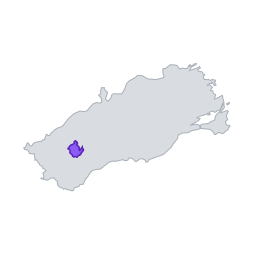 Bingöl highlighted on a map of Turkey, rotated 153°
{"feature_id": "TUR-2308", "entity_name": "Bingöl", "entity_type": "Province", "adm_level": 1, "iso_a3": "TUR", "parent_name": "Turkey", "parent_adm1": "", "projection": "albers", "projection_center": [40.639, 39.029], "detail": "fine", "context": "in_parent", "style": "filled", "palette": "violet", "viewbox_px": 256, "rotation_deg": 153, "n_neighbors": 0, "source": "natural_earth", "source_scale": "10m", "svg_char_len": 4604}
<svg xmlns="http://www.w3.org/2000/svg" viewBox="0 0 256 256"><g transform="rotate(153 128 128)"><path d="M193.2,98.2L196.5,99.4L197.5,98.5L200.5,98.5L203.2,99.1L204.6,97.2L206.5,97.3L206.8,98.3L207.7,98.7L210.6,101.1L210.3,101.4L211.0,102.3L213.4,102.8L213.6,104.1L215.5,105.9L216.6,108.8L216.1,110.8L215.1,112.1L216.7,116.4L216.3,117.0L219.2,118.3L222.9,118.0L224.1,118.5L227.8,121.8L228.8,123.1L226.2,121.6L224.9,123.1L224.3,126.5L220.4,127.3L221.1,129.5L222.2,130.4L221.9,132.5L222.3,133.4L223.4,134.7L223.3,136.6L223.8,138.5L223.9,140.9L225.6,141.6L224.9,142.7L223.3,147.6L223.4,148.0L224.6,148.0L227.5,150.1L227.1,150.9L227.5,154.0L230.0,155.9L229.7,156.9L229.8,157.9L228.0,157.5L224.5,160.4L224.1,160.4L223.6,159.4L223.4,156.7L222.5,156.0L221.4,155.9L219.5,157.2L217.7,157.2L215.9,157.0L211.2,155.5L209.5,156.1L207.7,155.5L204.3,159.0L203.2,159.3L202.6,157.6L201.4,156.7L199.9,158.0L193.8,159.7L191.1,160.0L187.7,159.4L184.9,159.6L177.2,163.3L169.9,165.3L163.3,165.0L159.7,162.6L157.0,161.9L148.4,165.3L144.3,165.0L143.0,163.5L139.9,162.7L139.1,164.1L138.3,167.4L139.3,170.6L137.5,170.7L136.3,171.3L135.9,173.6L134.2,174.5L133.6,175.9L133.3,175.9L130.7,174.6L131.5,173.5L130.1,169.1L131.0,167.8L134.6,164.5L134.6,162.4L133.2,160.9L128.7,163.2L128.3,164.2L127.3,164.9L125.6,165.1L118.2,161.3L113.5,164.0L109.4,168.0L106.3,169.3L97.7,169.8L96.1,170.5L93.3,169.4L91.6,168.1L88.1,162.8L81.0,158.4L73.3,156.7L72.5,157.6L71.8,161.3L70.2,164.7L69.5,165.0L67.9,163.9L61.6,165.2L56.7,162.3L55.9,161.2L55.3,157.0L54.6,156.6L53.7,157.0L52.8,156.9L49.4,154.6L47.4,154.3L46.0,155.8L43.9,156.3L43.9,155.8L44.9,154.8L41.7,154.5L40.0,155.1L37.8,154.3L38.0,153.9L39.9,153.6L44.1,153.5L47.1,151.2L37.3,149.9L36.3,150.4L36.3,148.9L37.0,148.4L39.6,148.2L39.6,147.0L38.2,145.6L36.6,144.6L36.3,141.6L35.5,140.7L35.7,140.3L37.4,140.0L38.0,137.9L38.0,136.6L35.0,134.9L34.3,135.0L33.7,133.7L32.5,132.7L31.3,133.2L28.4,130.9L29.2,129.7L30.0,129.9L30.3,128.9L29.9,127.2L30.1,126.3L30.8,126.2L31.6,126.5L32.2,127.6L32.0,129.5L32.7,130.8L33.4,129.7L34.8,130.6L37.4,130.4L38.0,129.9L36.1,129.7L35.5,129.1L34.4,125.8L36.1,125.1L37.5,123.8L35.5,122.4L36.3,120.4L34.8,117.7L37.7,114.9L37.6,114.5L36.9,114.2L29.2,114.3L29.3,112.9L30.0,111.8L30.4,108.8L31.0,107.3L32.5,107.0L34.6,104.9L37.7,102.5L40.6,103.0L41.9,102.4L43.6,102.6L43.9,103.8L45.3,104.8L48.0,105.1L49.3,104.5L48.3,103.0L49.8,102.8L51.0,103.2L50.2,104.7L50.5,104.8L54.0,104.9L57.5,105.7L61.5,106.0L62.0,105.6L59.4,103.8L61.4,102.7L62.4,102.5L70.8,102.3L70.9,102.0L65.9,100.7L63.6,98.6L63.0,97.6L63.8,95.3L64.4,94.8L66.2,94.9L72.3,96.7L76.8,96.6L81.4,98.7L86.1,98.9L87.1,98.3L88.5,96.2L95.4,93.1L97.8,91.4L108.3,88.4L123.3,90.2L126.1,88.9L127.6,89.5L127.1,90.4L127.1,91.3L128.8,93.7L131.4,95.2L135.2,94.3L136.6,94.8L137.7,98.4L140.0,100.6L141.0,100.8L142.5,99.6L143.9,99.5L146.1,100.8L146.8,102.1L154.1,103.9L155.5,105.0L160.4,106.2L171.4,103.9L175.4,105.6L178.8,106.2L180.2,106.0L184.6,103.9L186.0,102.8L188.8,101.8L192.2,99.5L193.2,98.2ZM54.1,83.0L53.6,84.5L54.0,86.3L55.2,88.9L56.6,90.3L63.5,94.6L62.0,97.5L60.2,97.7L54.0,95.4L51.3,96.3L49.5,95.7L46.8,95.9L45.9,97.6L43.8,99.4L38.3,101.3L32.9,105.7L31.4,106.1L32.3,104.5L32.5,102.9L34.8,101.5L37.9,100.5L38.8,99.5L31.6,98.6L31.2,96.9L31.9,96.7L34.7,94.3L35.1,93.2L35.3,90.4L38.4,89.3L38.7,88.6L38.7,85.8L36.2,83.8L36.4,83.1L38.4,82.6L39.8,80.9L42.6,81.0L44.0,80.2L46.5,80.1L49.1,82.9L52.8,82.5L54.1,83.0ZM29.1,104.9L26.7,104.9L26.0,104.4L26.9,103.7L28.8,103.4L29.3,104.3L29.1,104.9Z" fill="#d9dde1" stroke="#a8b0b8" stroke-width="1"/><path d="M182.3,126.3L182.8,126.1L183.2,125.6L183.9,125.8L184.9,125.9L185.8,125.5L186.1,125.3L186.4,125.1L186.8,125.3L187.8,126.3L188.6,126.7L189.3,126.7L189.8,127.3L190.2,128.1L189.9,128.6L189.9,128.9L190.0,129.3L190.1,129.5L190.2,129.9L190.2,130.4L190.4,130.8L190.6,131.0L190.9,131.5L191.0,132.2L190.9,132.7L190.1,133.6L189.8,134.7L190.1,135.5L190.3,135.8L190.6,136.1L190.8,136.4L190.9,136.8L190.3,137.2L189.0,137.7L187.7,138.5L187.0,138.7L185.1,138.7L184.6,138.5L184.2,138.5L183.1,138.6L182.5,138.9L182.5,139.3L182.5,139.7L182.2,140.2L181.7,140.4L180.5,140.4L180.4,139.8L180.3,139.2L179.7,138.3L180.3,136.8L180.6,136.9L180.9,137.0L181.1,136.7L181.3,136.1L181.4,135.6L181.2,135.1L180.5,134.3L180.3,133.3L180.5,132.3L181.0,131.5L181.5,130.7L181.2,130.0L180.3,130.4L179.9,130.5L177.4,131.8L177.6,131.4L177.7,130.9L177.5,129.9L177.5,129.5L177.7,129.2L177.7,128.5L177.9,128.2L178.4,128.0L179.2,128.1L179.3,128.0L179.4,127.8L179.5,127.5L180.0,127.3L180.5,127.3L181.0,127.0L181.3,126.4L181.5,126.2L182.0,126.3L182.3,126.3Z" fill="#8b5cf6" stroke="#5b21b6" stroke-width="1.5"/></g></svg>